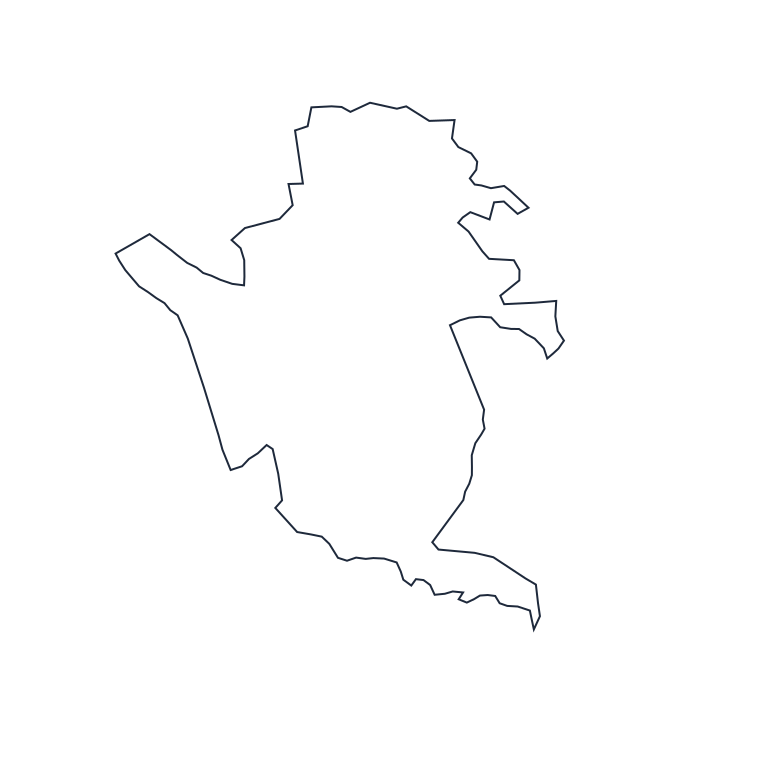 outline of Cacique Doble, Rio Grande do Sul, Brazil, rotated 158°
{"feature_id": "56859067B35570736858884", "entity_name": "Cacique Doble", "entity_type": "district", "adm_level": 2, "iso_a3": "BRA", "parent_name": "Brazil", "parent_adm1": "Rio Grande do Sul", "projection": "robinson", "projection_center": [-51.686, -27.796], "detail": "fine", "context": "isolated", "style": "outline", "palette": "slate", "viewbox_px": 768, "rotation_deg": 158, "n_neighbors": 0, "source": "geoboundaries", "source_scale": "gbopen_adm2", "svg_char_len": 1990}
<svg xmlns="http://www.w3.org/2000/svg" viewBox="0 0 768 768"><g transform="rotate(158 384 384)"><path d="M352.9,132.1L343.4,127.6L333.6,119.3L335.2,110.6L337.0,100.3L326.4,110.3L323.3,123.1L318.3,141.1L325.7,150.8L347.5,182.4L363.2,193.5L395.5,210.1L398.5,219.2L353.9,246.7L349.1,253.8L342.3,259.6L336.7,266.5L333.6,274.0L329.3,285.1L321.5,294.9L312.9,300.7L307.5,304.9L305.7,314.0L300.8,322.7L300.8,413.8L289.8,414.6L280.1,413.6L269.8,410.4L259.7,405.6L255.0,393.1L245.6,387.5L238.2,384.4L233.2,376.7L227.3,369.6L222.4,357.2L223.1,346.5L215.3,349.1L209.0,351.5L200.9,356.8L203.1,368.0L199.8,382.5L193.2,396.5L213.2,402.7L242.7,413.0L243.1,422.3L219.7,429.4L215.7,438.9L217.2,450.1L239.7,460.7L243.1,470.2L248.5,493.7L254.8,505.7L248.7,508.9L239.6,511.0L224.5,497.0L213.9,511.2L204.5,508.3L196.4,491.7L184.0,493.3L194.6,516.0L198.4,522.6L211.5,525.5L219.3,531.6L225.2,535.0L227.4,542.5L218.2,548.1L214.3,555.2L216.8,565.2L226.3,575.8L229.0,586.2L219.7,602.3L243.5,611.0L259.4,633.1L268.9,634.4L291.6,650.0L313.2,648.9L319.5,656.7L328.6,661.1L347.7,667.7L358.2,651.6L371.5,652.4L384.1,600.2L397.6,605.2L401.7,584.0L419.0,576.2L454.5,580.7L471.4,574.6L466.1,563.6L467.2,551.2L473.2,535.8L476.8,527.9L487.2,533.7L496.8,542.0L503.5,549.1L510.1,554.7L514.1,562.1L521.1,570.0L527.6,581.2L531.2,587.8L545.3,610.8L584.0,605.5L583.3,597.6L581.2,586.5L577.4,575.0L574.5,566.3L568.5,557.8L562.9,548.9L557.2,541.2L554.5,532.5L549.6,525.0L548.9,499.6L552.3,448.0L556.6,398.5L558.4,383.6L558.4,361.7L546.4,360.9L537.3,365.1L527.0,367.0L515.7,371.4L511.6,365.4L515.7,340.4L522.1,314.3L531.2,309.8L520.0,279.3L508.1,271.9L498.9,265.8L494.6,256.3L491.8,240.1L484.5,234.0L474.9,233.5L466.5,228.7L459.1,226.6L449.3,222.1L439.1,213.8L438.7,203.8L439.4,195.3L434.2,186.9L427.5,191.1L420.8,187.4L416.5,180.3L416.0,169.6L406.1,166.7L398.0,165.9L388.8,161.1L395.4,156.4L389.1,150.3L381.0,150.8L374.3,151.9L366.9,149.5L360.3,145.8L358.9,137.4L352.9,132.1Z" fill="none" stroke="#1e293b" stroke-width="2"/></g></svg>